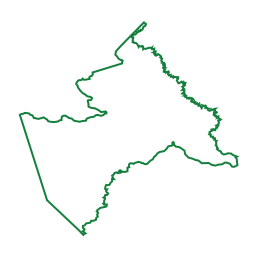 Zaragoza, Antioquia, Colombia (Natural Earth projection), rotated 87°
{"feature_id": "7082276B32326905944373", "entity_name": "Zaragoza", "entity_type": "district", "adm_level": 2, "iso_a3": "COL", "parent_name": "Colombia", "parent_adm1": "Antioquia", "projection": "natural_earth1", "projection_center": [-74.894, 7.495], "detail": "fine", "context": "isolated", "style": "outline", "palette": "green", "viewbox_px": 256, "rotation_deg": 87, "n_neighbors": 0, "source": "geoboundaries", "source_scale": "gbopen_adm2", "svg_char_len": 5684}
<svg xmlns="http://www.w3.org/2000/svg" viewBox="0 0 256 256"><g transform="rotate(87 128 128)"><path d="M232.4,178.2L231.5,177.4L231.1,176.0L228.7,178.5L228.2,177.4L226.8,176.7L225.3,178.3L223.4,178.1L222.9,176.2L221.1,174.8L220.5,170.5L218.7,169.7L218.9,167.3L217.8,164.6L217.0,164.8L216.0,164.3L214.8,162.8L212.9,163.4L211.4,162.3L210.4,162.7L209.8,163.5L209.3,163.0L208.4,163.0L206.3,159.7L205.5,154.5L204.9,153.4L203.2,153.2L203.3,155.8L202.2,156.7L201.7,155.7L199.6,155.7L197.4,154.6L196.8,154.6L196.2,156.0L195.5,154.9L193.8,154.3L193.7,152.2L192.3,151.2L191.3,152.5L190.1,153.2L188.2,152.0L188.2,153.5L187.6,154.1L184.8,153.4L183.7,152.7L184.0,151.4L183.8,149.5L181.9,148.4L180.3,146.6L178.0,146.6L178.3,144.8L177.1,145.6L174.7,146.3L173.9,144.9L172.2,143.8L171.7,141.9L172.6,140.5L172.6,139.8L170.8,139.4L169.8,138.1L170.2,137.4L171.4,138.6L172.0,138.5L172.3,138.0L171.4,135.7L171.7,133.5L171.2,130.8L167.6,130.6L167.2,128.8L166.0,129.1L164.8,128.9L163.8,128.4L163.4,127.6L163.5,125.7L164.1,124.4L163.2,122.8L162.4,119.5L163.1,116.8L163.8,116.2L163.9,114.5L164.9,113.5L165.0,111.0L162.0,107.6L160.5,104.9L157.9,103.2L157.2,101.8L154.9,100.0L153.6,97.7L153.0,93.1L151.0,90.7L148.4,88.7L147.7,84.5L147.1,84.2L145.1,84.5L144.6,84.1L144.5,83.6L145.1,83.0L147.0,83.0L149.0,81.3L149.9,77.6L153.5,72.8L157.1,72.3L160.6,69.3L162.1,65.0L163.5,62.2L164.1,59.6L165.4,57.9L167.0,56.3L167.2,49.2L169.3,46.1L170.1,42.8L169.3,39.6L169.2,36.1L167.7,33.1L167.7,31.5L169.0,28.1L171.9,26.2L172.3,24.9L172.1,23.4L170.8,20.7L164.0,21.1L162.9,22.3L162.5,22.2L162.1,20.9L160.4,24.8L158.9,26.4L158.5,29.7L159.3,32.0L159.4,34.1L157.8,36.1L156.0,36.7L155.5,38.2L153.8,40.2L152.9,39.4L152.1,40.3L151.2,40.1L149.8,41.3L149.4,40.7L146.6,40.7L146.0,40.4L146.2,41.0L143.8,41.6L143.9,42.5L142.8,42.0L142.8,42.5L142.2,43.0L142.2,43.7L141.1,43.6L141.0,45.8L139.6,46.0L139.2,45.7L138.5,47.3L137.5,46.5L136.7,46.4L136.4,46.7L135.5,45.1L133.9,44.8L133.7,43.2L134.5,43.1L133.9,42.1L134.8,41.4L134.8,41.0L132.4,40.0L132.3,38.8L131.3,38.8L131.5,39.6L130.8,39.6L130.6,38.7L130.1,39.4L130.0,38.9L129.4,38.5L129.5,37.7L130.0,37.9L129.8,37.6L127.4,36.9L125.2,37.6L124.9,35.6L124.4,34.9L122.7,37.4L121.4,37.2L122.3,38.7L121.5,38.5L120.5,39.1L120.3,39.4L120.9,40.2L120.1,41.0L120.1,40.4L119.8,40.4L119.3,41.5L117.0,41.4L117.8,39.8L117.2,38.5L116.6,38.8L116.6,39.9L115.0,40.2L114.5,41.2L113.4,39.8L113.5,40.9L114.3,42.7L113.7,43.8L114.5,43.7L115.1,45.7L114.1,47.2L113.4,47.2L112.9,46.5L112.7,47.6L112.2,47.9L112.2,48.9L111.2,48.9L111.4,49.5L110.2,49.0L109.7,49.4L110.0,50.1L109.3,52.2L110.0,51.8L110.4,52.5L112.0,53.4L109.6,54.7L109.4,56.3L108.4,55.7L108.4,56.5L107.8,56.3L108.1,56.8L107.0,57.4L107.6,58.6L106.4,59.1L107.1,59.7L106.9,60.3L106.5,60.3L105.9,59.1L105.6,59.2L105.2,60.2L105.7,61.1L105.0,63.4L104.5,63.6L104.1,62.9L102.7,62.3L102.5,62.0L103.0,61.2L102.4,61.5L102.1,62.5L101.4,62.8L101.9,63.8L101.4,64.3L101.7,64.9L101.1,65.0L101.5,65.8L100.8,65.8L101.3,65.9L100.8,67.1L101.3,67.6L100.2,68.3L99.7,69.5L99.0,69.5L99.7,68.7L98.9,68.3L98.7,69.6L98.4,68.8L98.0,69.4L97.1,69.5L96.4,72.0L95.8,71.3L95.5,70.0L94.8,69.7L93.8,69.8L93.6,70.6L92.8,70.9L92.8,71.6L92.1,70.8L92.8,69.0L91.1,70.9L90.1,70.8L89.6,71.6L88.9,70.6L88.7,69.1L87.9,68.9L88.2,69.7L87.6,70.2L86.1,68.8L86.1,69.3L85.6,69.6L86.1,69.8L85.4,70.2L85.8,70.4L85.2,71.2L85.8,71.1L84.7,72.4L86.0,74.5L85.9,75.3L82.9,76.8L81.2,75.2L80.8,75.2L81.1,75.5L80.7,76.1L80.1,75.6L80.4,76.1L79.8,76.1L79.4,79.3L80.2,80.1L79.3,80.7L78.7,79.9L78.5,80.1L79.2,81.8L79.0,82.7L78.5,82.9L78.2,82.5L77.8,82.5L78.2,82.9L77.1,83.4L77.0,84.0L77.4,84.5L76.2,85.3L75.2,85.1L74.6,84.3L74.1,84.4L74.3,85.0L73.8,85.0L74.4,86.5L73.9,87.0L74.4,87.4L74.0,87.5L74.3,88.0L73.8,89.1L73.1,88.5L72.8,89.2L72.3,89.1L71.4,88.1L70.8,88.7L70.4,88.4L70.0,89.7L69.6,89.8L68.7,89.2L69.8,88.0L69.7,87.5L68.6,88.5L67.9,88.4L67.6,88.8L67.2,88.4L67.7,87.9L66.2,87.8L66.0,88.5L65.4,88.5L66.2,89.7L64.6,90.0L64.5,90.5L64.2,90.2L64.0,90.7L63.3,90.6L62.5,91.3L60.5,90.3L60.2,90.7L60.5,91.0L59.5,91.8L59.4,91.2L58.2,91.2L55.8,93.9L55.9,94.5L56.9,95.3L57.2,96.4L56.9,96.9L55.5,96.7L56.1,97.4L55.4,98.0L54.2,97.9L53.9,98.6L53.5,97.0L52.9,96.5L52.5,97.9L50.1,97.6L50.6,99.9L49.8,100.3L48.8,99.9L49.3,100.8L48.9,102.3L49.9,106.4L49.5,107.9L50.1,108.7L47.7,108.7L46.9,109.1L46.8,109.6L47.3,109.9L47.4,110.5L46.7,112.6L47.6,113.1L45.1,114.2L43.7,115.3L43.1,117.9L42.5,118.8L42.0,118.1L40.6,118.8L38.2,118.0L37.8,119.5L36.9,119.7L35.9,117.9L34.9,117.6L35.0,115.6L33.6,114.3L32.8,114.4L32.6,112.4L32.1,111.8L31.5,112.0L31.8,110.7L30.6,110.2L31.1,109.4L30.3,108.3L27.7,107.3L27.0,105.5L25.3,104.6L24.5,104.9L24.3,106.7L23.6,106.8L45.5,130.7L50.8,136.0L54.2,136.8L55.8,135.3L58.3,133.8L59.8,131.4L59.8,130.6L60.7,129.8L61.8,130.5L63.2,130.5L70.7,160.5L72.6,160.3L74.3,161.7L74.5,163.3L75.7,164.1L77.0,163.8L77.6,168.9L77.4,169.6L76.3,170.7L77.5,171.7L77.8,173.1L77.7,174.6L78.5,175.8L80.8,177.4L81.4,177.4L83.3,176.0L84.6,176.0L88.5,173.5L90.9,171.3L92.6,168.6L93.6,167.8L94.6,165.9L94.9,163.9L96.3,162.3L98.0,163.3L98.3,164.3L98.1,166.2L98.9,166.8L102.3,166.1L103.6,166.4L104.7,166.2L105.9,163.8L106.7,159.8L108.8,156.2L110.7,154.0L110.3,149.6L111.1,148.7L112.3,148.8L112.3,150.2L113.9,152.1L114.4,154.4L113.4,157.1L113.5,159.2L115.0,161.7L115.3,165.1L116.5,168.8L118.5,169.5L118.6,172.6L119.2,176.0L118.0,181.4L115.6,183.7L115.0,186.3L113.3,188.4L112.3,190.3L112.5,192.3L113.3,193.5L116.6,194.0L116.6,195.3L117.9,197.9L118.2,201.9L117.8,204.7L117.0,207.4L115.4,208.3L113.0,211.7L114.2,216.6L113.8,219.0L113.2,220.1L113.2,221.4L110.8,222.6L110.2,223.2L109.6,225.0L108.2,226.2L107.5,230.3L108.3,231.7L108.4,233.7L109.2,235.3L195.9,212.6L227.2,182.7L232.4,178.2Z" fill="none" stroke="#15803d" stroke-width="2"/></g></svg>